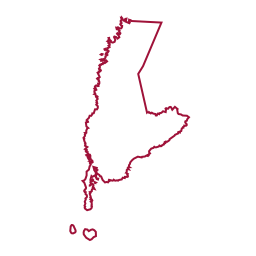 the district of East Makira, Makira, Solomon Islands, rotated 88°
{"feature_id": "97153195B75275546340681", "entity_name": "East Makira", "entity_type": "district", "adm_level": 2, "iso_a3": "SLB", "parent_name": "Solomon Islands", "parent_adm1": "Makira", "projection": "albers", "projection_center": [162.088, -10.683], "detail": "fine", "context": "isolated", "style": "outline", "palette": "rose", "viewbox_px": 256, "rotation_deg": 88, "n_neighbors": 0, "source": "geoboundaries", "source_scale": "gbopen_adm2", "svg_char_len": 5955}
<svg xmlns="http://www.w3.org/2000/svg" viewBox="0 0 256 256"><g transform="rotate(88 128 128)"><path d="M23.8,90.9L21.2,120.7L20.3,121.6L20.5,122.1L19.9,123.1L21.1,123.3L22.4,122.5L23.3,123.0L21.7,126.5L18.7,125.8L18.9,126.9L20.7,128.2L19.7,129.4L18.3,129.8L17.4,130.5L17.8,130.6L17.7,131.0L19.5,130.5L20.6,131.6L21.7,131.6L22.0,130.9L23.1,130.8L24.0,132.1L25.5,131.2L25.7,130.3L26.8,130.4L28.1,131.2L28.3,131.9L28.1,132.9L27.0,134.5L27.5,135.0L27.3,136.2L28.9,135.8L29.2,134.4L30.6,133.0L31.5,133.6L33.0,132.3L33.9,132.8L33.7,134.3L32.9,135.3L33.4,135.7L35.3,134.1L37.0,133.5L38.3,135.3L36.7,136.6L36.1,138.4L36.6,138.8L39.4,137.6L41.4,138.4L42.1,140.2L41.4,142.3L40.2,142.1L39.0,143.5L37.3,143.7L37.4,144.3L38.3,143.9L39.3,144.5L39.9,144.2L40.6,145.4L41.2,144.4L42.2,144.7L42.4,144.0L43.0,144.0L43.4,143.3L44.5,143.4L45.0,144.4L45.5,143.8L46.6,143.6L47.0,145.0L47.6,145.3L47.5,145.8L48.5,145.9L48.7,147.3L48.0,147.9L48.4,148.8L49.1,148.5L49.2,146.5L50.5,144.7L51.7,145.5L51.7,146.7L52.6,146.6L52.8,147.5L53.3,147.7L53.8,146.1L54.3,146.0L55.6,148.1L56.8,148.0L57.6,148.6L58.6,150.6L58.3,151.6L58.7,153.1L59.3,152.3L59.9,152.4L59.6,147.5L60.7,146.6L62.2,148.7L61.8,149.3L62.5,150.0L62.2,150.7L63.3,151.1L63.1,152.3L63.9,152.7L63.7,153.7L64.5,154.5L65.1,154.0L66.5,154.0L67.7,155.0L68.8,154.6L68.7,153.5L69.7,153.1L70.8,154.4L70.8,155.4L71.6,155.4L71.8,156.4L76.1,154.5L76.7,155.4L77.8,155.6L77.1,156.7L77.6,157.2L79.4,155.4L80.0,155.7L80.9,155.0L82.5,155.1L83.2,155.5L82.9,156.3L85.0,156.0L85.1,156.8L84.3,158.3L84.7,159.0L85.4,159.6L86.2,159.1L87.2,160.1L87.9,158.6L88.7,158.3L89.4,159.6L89.2,160.1L90.8,160.4L92.2,159.7L92.8,160.3L92.9,159.4L95.2,159.0L95.1,157.9L95.6,157.3L96.2,157.5L96.5,158.3L97.9,157.3L99.5,158.7L101.0,158.0L101.6,158.6L102.4,157.9L103.6,158.9L105.2,157.4L106.9,157.5L108.3,158.4L108.2,160.3L112.0,161.7L112.2,163.2L113.0,163.2L114.5,164.3L114.4,165.9L116.5,166.7L118.7,169.1L119.5,169.0L120.0,167.8L120.5,167.7L121.1,169.9L125.0,169.5L126.6,167.8L126.9,168.7L129.1,169.8L131.1,169.8L131.4,171.2L132.2,170.6L133.1,171.4L134.3,171.2L136.1,172.6L136.7,172.3L136.7,172.7L140.1,171.9L141.7,171.0L142.2,171.5L142.9,171.1L144.2,171.6L145.6,169.3L147.6,171.7L148.5,169.9L149.2,170.0L149.7,171.0L150.3,170.7L150.7,169.3L151.2,169.6L152.1,168.8L153.2,169.6L153.6,170.7L154.1,170.4L153.7,168.8L154.2,167.4L153.5,167.2L153.2,168.2L153.4,167.0L154.7,166.5L155.7,167.1L157.0,166.4L158.1,166.6L159.4,164.8L160.9,164.5L161.3,165.0L161.2,166.5L162.0,166.5L161.5,167.2L161.9,167.3L162.5,166.7L164.2,167.0L164.9,167.7L168.2,168.5L170.1,170.9L173.9,171.0L177.4,172.3L178.8,173.5L179.3,175.2L181.3,173.5L186.1,172.0L187.2,172.2L188.1,173.4L188.9,173.4L189.4,174.0L190.6,173.4L190.7,172.5L192.7,172.7L193.7,171.5L195.0,171.4L195.9,171.7L196.9,173.0L197.9,172.7L200.2,173.8L201.9,173.2L204.2,174.2L205.1,173.5L206.2,174.1L207.2,173.6L208.7,171.7L207.9,168.4L206.7,167.2L205.3,166.8L204.8,167.3L204.0,167.1L204.1,167.9L203.8,166.9L201.1,166.9L200.2,167.9L199.7,167.5L199.7,166.5L199.2,166.2L198.3,166.7L198.5,167.1L198.2,166.8L197.7,167.2L197.7,167.8L197.1,167.4L196.4,167.5L196.1,168.1L195.2,167.7L192.4,168.6L191.5,167.7L190.7,168.4L189.9,166.4L188.2,166.2L187.3,165.2L186.1,165.4L184.0,164.5L183.1,164.8L182.6,165.6L184.3,168.2L184.1,169.1L184.1,168.3L182.6,166.9L180.9,167.5L180.4,166.5L179.0,167.3L178.5,166.8L178.1,167.3L174.8,166.2L175.6,165.5L174.3,162.8L174.5,161.5L173.7,161.3L173.1,161.9L171.6,161.6L168.7,163.3L167.6,162.9L167.4,163.5L165.7,163.9L166.8,160.6L168.1,161.1L168.9,160.1L169.8,161.2L172.2,160.8L174.0,158.2L175.1,157.7L175.5,156.5L179.0,155.2L181.6,152.9L181.2,151.4L181.6,149.8L180.7,149.3L180.5,148.6L179.5,149.0L179.1,148.8L180.1,145.4L179.9,144.6L179.2,144.1L180.2,142.7L179.9,140.6L180.3,139.8L179.6,138.8L179.2,136.1L177.5,135.0L177.9,133.0L176.7,132.8L176.8,130.1L176.1,129.7L174.8,130.3L174.0,129.8L173.6,130.7L172.7,130.9L172.6,131.4L171.8,130.8L169.9,130.7L169.0,129.7L169.3,128.7L167.9,129.6L167.2,129.0L167.2,128.0L166.9,128.4L165.2,128.3L163.9,127.3L162.5,127.0L160.4,125.1L158.9,123.3L157.0,119.2L157.9,115.3L157.3,115.0L157.1,112.1L156.3,110.8L156.6,109.3L155.7,109.3L155.8,108.2L154.8,108.1L154.2,106.9L152.7,107.8L151.7,107.6L149.4,105.5L148.8,103.4L147.7,102.4L148.2,101.8L148.3,100.6L147.6,97.9L146.6,97.2L147.4,95.8L147.2,95.1L146.6,94.9L145.7,92.7L144.8,92.7L144.5,91.4L143.3,91.7L142.8,90.6L143.3,89.7L142.2,87.8L141.5,87.0L140.6,86.8L137.3,81.8L136.4,81.2L135.2,78.1L133.9,78.0L133.7,77.4L134.3,76.3L133.2,76.0L132.9,74.9L130.4,74.3L130.1,73.6L129.3,73.2L129.4,72.7L128.8,72.7L128.1,71.5L127.6,71.6L127.7,69.8L127.3,69.3L126.3,69.2L124.5,70.6L123.4,70.5L122.7,68.9L121.3,68.5L119.4,66.7L117.8,68.7L117.4,73.0L116.3,74.5L115.8,77.0L114.9,77.7L111.3,78.2L110.8,77.8L108.5,80.4L111.3,83.1L108.7,84.3L108.4,85.0L108.6,85.9L110.2,87.4L109.5,89.2L109.9,89.8L111.1,89.4L113.4,89.8L112.5,92.4L114.0,94.1L114.3,95.9L115.2,96.3L114.6,97.5L116.5,98.9L116.4,99.8L115.0,100.0L114.5,102.3L113.6,103.5L113.5,104.0L114.2,104.7L112.9,106.4L113.4,106.6L112.8,108.2L113.1,108.5L74.3,115.9L66.7,110.8L23.8,90.9ZM238.6,170.0L237.9,168.2L235.9,166.2L234.9,163.8L230.7,163.8L229.0,165.2L228.1,166.8L228.4,168.4L229.7,170.8L228.1,172.1L227.6,174.4L229.3,175.6L230.9,176.0L232.8,175.9L236.2,173.6L238.6,170.0ZM231.4,186.5L230.5,184.5L229.8,184.0L228.4,184.0L223.8,185.9L223.1,186.7L223.0,187.7L224.3,188.7L228.9,189.3L230.7,188.5L231.3,187.7L231.4,186.5ZM158.8,167.8L157.7,167.1L157.7,167.4L156.2,167.2L155.5,168.0L155.0,167.8L155.3,169.0L156.1,169.3L158.8,167.8ZM178.4,159.8L177.7,159.6L177.8,160.7L176.4,161.3L176.4,161.7L177.9,161.0L178.4,159.8ZM54.1,151.7L53.7,150.9L53.3,150.8L53.1,151.9L53.6,152.6L54.1,151.7ZM160.9,165.8L160.8,165.3L160.3,165.5L160.5,166.7L160.9,165.8ZM179.3,165.1L178.7,164.7L178.2,165.1L178.9,165.6L179.3,165.1ZM181.7,162.9L181.4,162.1L180.9,162.9L181.2,162.7L181.4,162.7L181.1,163.1L181.7,162.9ZM187.6,164.2L187.8,163.6L187.0,164.0L187.6,164.2Z" fill="none" stroke="#9f1239" stroke-width="2"/></g></svg>